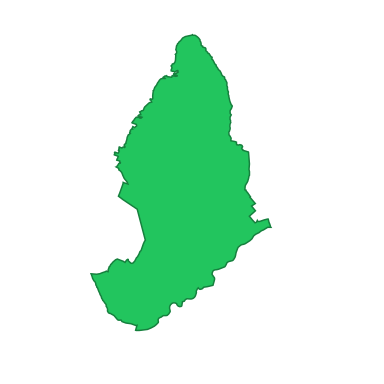 Turcinesti, Gorj, Romania (orthographic projection), rotated 19°
{"feature_id": "2599482B27563461081915", "entity_name": "Turcinesti", "entity_type": "district", "adm_level": 2, "iso_a3": "ROU", "parent_name": "Romania", "parent_adm1": "Gorj", "projection": "orthographic", "projection_center": [23.294, 45.122], "detail": "fine", "context": "isolated", "style": "filled", "palette": "green", "viewbox_px": 384, "rotation_deg": 19, "n_neighbors": 0, "source": "geoboundaries", "source_scale": "gbopen_adm2", "svg_char_len": 6021}
<svg xmlns="http://www.w3.org/2000/svg" viewBox="0 0 384 384"><g transform="rotate(19 192 192)"><path d="M242.2,273.4L241.9,268.3L241.7,266.9L241.2,265.9L237.8,263.4L237.5,262.0L237.5,261.0L237.5,260.2L237.9,259.2L238.9,258.2L240.8,257.3L242.5,256.2L247.3,252.1L247.6,251.4L247.9,249.7L248.1,247.5L248.4,246.9L249.4,245.8L252.6,243.7L253.0,243.2L253.4,242.2L253.9,239.8L253.9,238.4L253.4,235.0L253.5,230.3L253.6,229.3L255.1,226.8L256.0,225.7L257.9,224.6L259.2,223.5L262.5,219.3L263.9,216.8L264.6,213.4L265.2,212.4L266.1,211.1L268.7,208.5L269.5,207.1L270.4,205.9L271.8,204.7L275.1,200.7L278.1,199.7L277.6,199.3L276.1,197.2L274.5,195.4L272.9,192.8L272.2,193.0L269.2,195.0L265.6,197.8L264.1,198.3L263.5,198.2L263.0,197.7L262.9,199.3L262.5,199.9L261.6,200.6L258.4,198.9L254.1,196.2L258.1,189.1L252.9,185.9L255.6,182.3L248.5,178.1L248.8,177.5L244.6,174.4L243.1,173.6L242.3,172.6L241.7,172.9L241.2,172.6L240.8,170.8L240.4,169.5L240.4,168.6L240.3,168.2L240.9,165.6L241.2,163.8L241.0,160.2L240.7,158.8L240.9,157.5L239.7,154.0L238.5,152.0L237.2,146.8L232.5,136.0L232.3,135.8L226.6,136.0L226.2,135.3L225.3,135.1L224.9,134.7L224.8,133.6L225.1,133.1L225.1,132.7L224.3,131.9L223.6,131.5L222.6,131.7L221.9,131.6L220.6,132.5L218.8,132.7L218.1,131.3L217.8,130.4L216.4,130.3L212.1,130.9L211.8,130.3L211.6,128.8L211.3,128.2L209.8,126.8L208.4,125.9L207.3,123.4L207.6,122.4L207.5,120.0L207.2,119.0L206.4,117.7L205.9,115.7L206.0,113.6L205.6,113.1L205.1,111.7L204.3,111.0L203.6,108.7L204.0,106.3L202.6,105.4L201.6,103.0L201.7,101.6L202.1,100.5L202.1,97.7L201.6,97.1L200.8,96.8L200.5,96.5L198.2,93.8L196.1,90.4L195.6,89.6L195.6,89.2L194.8,88.3L194.1,87.1L193.9,85.6L192.6,84.2L191.8,82.7L191.4,81.3L190.2,79.9L189.6,77.7L189.3,77.1L187.4,75.3L187.1,74.8L186.1,74.5L185.4,72.8L185.0,72.6L183.7,72.5L182.1,71.6L181.7,71.2L181.1,70.3L179.1,68.4L177.0,67.6L176.1,66.6L173.9,65.1L173.5,64.1L171.8,63.4L170.0,61.5L168.5,60.2L167.7,60.1L167.2,58.9L167.3,58.5L167.1,58.0L166.0,57.9L163.1,55.6L162.0,55.6L161.2,54.8L159.0,53.8L158.8,53.4L158.7,52.4L158.1,51.6L157.3,51.3L155.3,51.6L154.6,50.6L153.7,50.6L153.0,50.3L152.5,49.4L152.1,48.3L151.0,46.9L150.4,46.6L150.0,45.5L148.2,44.3L146.7,43.6L144.4,42.9L143.6,42.9L141.9,43.5L141.2,43.1L140.7,43.8L135.1,47.2L133.0,49.5L132.0,52.6L130.9,54.3L130.7,55.6L130.1,56.5L130.1,57.9L129.8,58.7L129.9,59.5L130.2,61.0L130.4,62.7L131.8,64.2L132.2,65.8L131.4,67.3L132.0,67.7L132.2,68.2L133.4,72.5L133.6,74.0L133.5,75.3L133.1,76.1L133.1,76.6L131.8,77.3L131.7,77.5L131.7,78.5L131.2,79.6L132.4,80.6L132.7,81.7L132.5,82.9L132.8,84.2L134.4,84.2L135.2,84.0L136.5,84.1L137.3,83.5L137.8,82.5L138.8,81.8L139.1,81.8L139.4,82.8L139.9,83.1L139.7,83.5L139.0,83.7L138.8,85.0L136.8,85.6L136.2,86.2L136.2,86.7L136.7,86.9L140.1,86.8L140.2,87.2L139.1,87.9L135.4,88.5L135.4,90.1L131.0,91.0L130.2,90.3L129.8,90.8L128.8,91.0L127.5,92.8L129.7,93.3L129.6,93.5L127.9,93.9L125.9,95.0L125.4,95.7L124.8,96.9L124.5,98.3L123.9,100.3L123.7,102.4L122.7,105.2L122.7,108.7L122.3,109.0L122.6,109.4L122.9,111.2L123.6,114.2L124.1,115.2L124.5,116.7L124.2,117.2L122.4,117.5L122.2,117.7L122.2,118.1L122.6,118.6L123.3,118.5L124.3,119.7L124.6,120.2L122.7,121.4L122.2,122.1L119.6,127.0L119.4,128.0L119.4,130.3L119.0,131.0L117.7,131.8L117.3,132.7L116.5,133.3L118.4,135.5L116.8,136.4L116.2,137.4L116.3,137.7L117.1,138.0L119.3,137.6L120.4,137.6L120.0,138.5L119.5,138.9L118.6,139.1L116.9,138.7L116.2,139.2L115.5,139.2L114.9,139.5L113.9,141.8L113.6,143.5L113.1,144.2L113.0,145.0L112.7,145.6L112.7,146.1L112.9,146.2L117.3,146.2L117.9,146.9L118.1,147.8L117.5,148.4L116.8,149.8L114.8,149.4L114.7,151.2L115.3,151.9L114.4,152.1L113.7,153.7L113.6,154.5L114.0,154.8L113.7,156.0L113.8,156.3L114.6,156.6L113.7,158.3L113.2,158.5L112.9,161.3L113.3,163.7L113.4,166.8L113.7,167.4L112.8,168.8L112.6,169.5L112.6,169.8L113.9,171.0L114.0,171.5L113.7,171.9L112.9,171.7L112.3,171.8L111.4,173.2L108.6,173.1L108.6,174.0L109.1,173.9L108.9,176.5L109.7,176.6L110.0,177.1L109.7,177.9L109.7,179.2L109.4,179.4L106.2,179.4L106.0,179.5L105.9,179.8L106.5,180.3L106.3,181.8L106.5,182.2L109.4,182.2L110.7,182.4L110.6,184.6L110.4,185.3L110.5,186.4L113.6,186.2L113.7,186.4L113.8,187.2L114.7,187.5L114.8,188.1L113.5,189.0L113.2,190.6L112.8,191.6L112.7,192.6L112.2,193.0L114.8,193.5L115.4,194.1L115.6,194.9L117.4,195.4L118.8,196.2L119.9,197.2L120.9,198.5L123.6,201.3L127.5,203.7L128.8,205.3L126.3,205.3L125.9,205.5L123.8,205.3L124.1,206.8L124.1,209.1L124.0,216.6L123.8,219.9L129.3,221.7L145.8,226.1L163.6,252.8L163.2,253.9L162.9,256.9L162.9,263.9L162.2,265.3L162.1,268.0L161.5,271.2L160.9,272.2L160.4,275.9L159.3,278.4L158.5,279.0L157.4,279.2L154.2,277.8L153.7,276.6L153.3,276.5L153.0,276.7L152.3,277.7L151.6,280.4L149.6,279.9L143.2,279.7L141.8,281.0L140.0,284.1L139.2,286.4L138.8,286.8L138.5,289.2L138.1,289.5L138.1,292.9L138.6,294.1L138.6,294.7L136.7,294.7L136.0,295.6L133.6,297.4L131.4,299.3L128.6,300.8L123.2,302.2L125.2,304.6L126.1,306.0L128.2,307.9L129.4,308.4L130.5,309.5L131.5,311.3L132.5,312.1L133.2,313.2L133.8,313.3L135.8,315.8L138.0,318.1L138.4,318.8L140.5,320.6L140.8,321.5L142.5,322.9L143.0,323.6L143.9,323.9L145.5,325.2L147.5,326.4L148.1,328.1L149.0,328.7L149.7,329.4L150.5,330.7L150.8,332.0L152.3,333.4L153.5,333.6L154.3,333.4L158.5,334.2L163.2,337.0L163.8,337.1L164.6,337.0L166.6,336.2L168.0,337.3L172.1,337.4L177.3,336.4L182.7,336.5L183.4,336.0L183.7,341.1L184.2,341.1L187.4,340.0L194.7,336.4L197.6,333.8L200.1,331.1L201.4,329.0L202.6,326.4L202.5,325.7L201.5,323.9L201.6,322.7L202.0,321.7L203.7,320.2L204.6,318.8L205.2,318.2L207.7,317.3L208.7,316.7L209.7,314.9L210.3,312.3L209.9,311.3L208.7,309.4L208.2,307.8L208.2,307.0L208.4,305.6L209.4,303.7L210.8,302.7L212.4,302.4L213.9,302.6L214.3,303.3L215.4,304.1L216.4,304.4L217.7,304.4L219.0,303.7L219.4,303.0L218.7,298.9L220.3,297.7L220.7,296.0L221.9,294.6L225.3,293.7L226.5,293.2L227.6,292.3L228.6,290.8L229.0,289.2L229.0,287.1L228.9,285.7L228.3,284.4L228.3,284.0L228.6,281.9L229.1,280.6L230.4,281.4L231.3,281.4L232.1,281.0L233.3,280.0L234.1,278.2L237.5,276.4L242.2,273.4Z" fill="#22c55e" stroke="#15803d" stroke-width="1.5"/></g></svg>